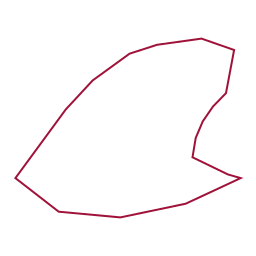 outline of Saint-Pierre
{"feature_id": "SPM-4866", "entity_name": "Saint-Pierre", "entity_type": "Commune", "adm_level": 1, "iso_a3": "SPM", "parent_name": "Saint Pierre and Miquelon", "parent_adm1": "", "projection": "equal_earth", "projection_center": [-56.176, 46.782], "detail": "fine", "context": "isolated", "style": "outline", "palette": "rose", "viewbox_px": 256, "rotation_deg": 0, "n_neighbors": 0, "source": "natural_earth", "source_scale": "10m", "svg_char_len": 332}
<svg xmlns="http://www.w3.org/2000/svg" viewBox="0 0 256 256"><path d="M226.0,93.1L213.0,106.5L202.8,121.3L195.7,138.0L192.5,157.3L227.8,174.4L240.6,178.1L185.7,203.7L120.3,217.4L58.7,211.7L15.4,178.1L65.8,109.4L92.7,80.4L129.5,53.7L157.0,44.8L201.5,38.6L234.1,50.0L226.0,93.1Z" fill="none" stroke="#9f1239" stroke-width="2"/></svg>